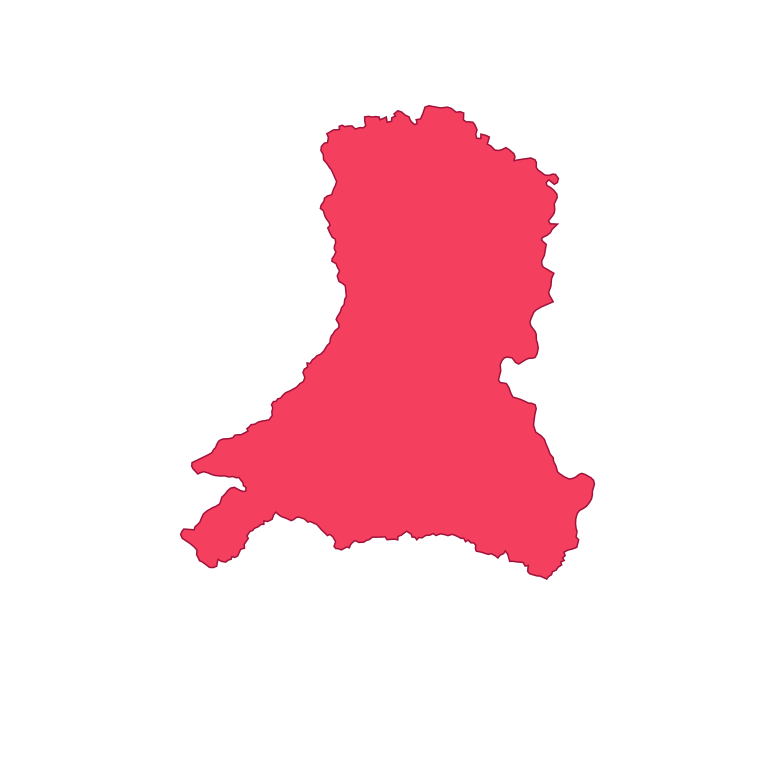 Iaciara, Goiás, Brazil, rotated 152°
{"feature_id": "56859067B33640833107150", "entity_name": "Iaciara", "entity_type": "district", "adm_level": 2, "iso_a3": "BRA", "parent_name": "Brazil", "parent_adm1": "Goiás", "projection": "orthographic", "projection_center": [-46.724, -14.085], "detail": "fine", "context": "isolated", "style": "filled", "palette": "rose", "viewbox_px": 768, "rotation_deg": 152, "n_neighbors": 0, "source": "geoboundaries", "source_scale": "gbopen_adm2", "svg_char_len": 5979}
<svg xmlns="http://www.w3.org/2000/svg" viewBox="0 0 768 768"><g transform="rotate(152 384 384)"><path d="M291.1,626.9L295.0,628.8L297.8,629.6L299.4,632.1L302.6,632.6L303.9,629.6L306.7,630.8L309.3,632.1L317.0,631.8L317.3,627.9L320.6,623.6L323.5,624.7L327.7,623.2L330.1,619.8L329.9,615.2L332.1,610.3L330.9,605.3L330.5,600.6L329.9,597.8L330.2,592.9L330.8,585.0L333.9,581.9L337.0,579.8L341.3,575.7L345.8,576.6L349.3,576.0L351.2,573.6L355.6,571.4L357.8,568.8L356.2,565.6L357.4,559.6L357.3,556.7L356.7,552.4L357.2,549.3L360.4,548.3L360.8,543.0L360.8,537.8L359.0,534.9L360.5,531.2L362.9,529.2L364.4,526.8L364.6,523.0L367.6,520.8L370.8,519.1L372.4,516.9L369.8,512.6L370.3,509.1L370.2,504.8L374.6,501.3L375.6,495.6L373.5,492.5L372.1,488.9L374.8,482.2L376.3,478.7L378.7,477.4L382.0,472.8L385.5,471.4L389.0,468.0L393.5,465.4L396.0,463.4L395.7,458.1L397.3,455.1L402.7,453.9L405.1,452.3L407.5,451.4L410.3,449.0L412.2,445.9L416.3,444.6L421.6,441.4L425.9,440.1L430.2,440.4L433.1,439.3L435.9,439.0L439.6,436.8L442.1,438.7L443.6,434.8L447.5,434.5L450.2,432.1L450.8,427.0L454.0,424.0L458.1,423.8L462.7,422.2L470.2,422.1L475.1,422.5L478.5,421.5L482.0,420.1L484.9,420.8L487.4,419.4L489.9,420.4L493.1,418.5L493.4,415.1L496.0,412.3L497.5,408.7L502.1,406.4L506.0,407.4L509.2,408.6L512.7,409.4L517.0,409.2L520.5,410.5L523.2,409.4L526.0,408.9L526.3,406.2L529.2,406.3L534.1,406.3L537.5,408.1L540.0,408.8L542.4,407.6L545.0,408.0L548.3,409.3L551.4,410.8L554.3,411.4L557.0,411.1L559.9,409.2L562.6,406.9L565.2,406.1L568.2,404.2L572.0,404.0L590.4,404.7L592.4,401.6L592.4,398.5L591.3,394.7L590.7,392.0L587.7,391.8L584.5,391.3L581.0,388.0L578.4,384.7L575.5,382.1L571.4,379.4L567.8,377.7L564.9,374.9L560.7,373.1L558.6,370.7L555.9,369.4L555.5,366.0L554.9,363.1L555.9,360.2L554.4,357.5L556.2,354.4L558.7,355.2L561.1,357.7L562.9,360.4L564.6,363.0L568.4,364.1L572.4,363.1L576.5,361.2L580.4,360.2L583.2,357.2L585.3,355.3L589.7,354.9L593.5,355.3L596.5,355.1L599.7,355.1L604.5,354.0L608.2,351.2L611.7,348.3L615.2,347.3L617.8,346.7L620.1,344.4L628.8,349.9L631.3,348.9L634.3,346.6L634.5,342.3L630.3,334.6L628.1,329.3L627.1,325.1L629.6,321.3L629.6,317.4L629.9,314.6L628.1,312.4L625.4,306.8L624.2,304.0L620.8,302.0L617.2,301.7L615.6,303.9L612.8,307.2L611.0,303.9L607.5,301.1L603.8,301.6L601.3,301.0L599.3,303.0L597.2,300.9L593.9,300.9L588.1,305.4L584.3,304.5L582.7,308.1L580.4,309.2L576.3,311.4L576.4,314.2L571.5,316.8L568.8,316.3L566.2,317.4L561.7,317.0L558.5,317.8L556.0,316.5L554.3,319.4L551.2,317.2L546.3,317.1L543.2,320.0L539.8,321.7L538.3,317.9L537.1,315.5L532.5,310.2L530.1,306.9L527.5,306.7L523.7,307.3L521.4,306.2L517.6,302.2L516.1,297.8L513.6,297.2L511.2,293.9L509.3,291.6L508.6,288.9L507.7,284.9L506.4,280.9L505.1,276.7L502.4,276.6L500.9,273.1L500.8,267.5L504.4,264.0L503.8,261.3L501.6,260.0L499.5,257.5L493.2,257.6L491.5,255.6L489.2,257.7L486.2,258.9L483.0,259.3L480.6,255.9L476.0,253.8L472.8,254.2L470.2,253.5L466.1,254.2L461.6,251.8L458.1,250.0L454.8,248.6L454.4,245.0L451.1,243.7L447.1,241.8L445.1,239.9L443.2,242.8L439.5,242.4L433.2,243.4L431.7,240.8L430.4,238.4L431.1,235.7L428.6,234.1L428.2,231.0L425.4,232.1L422.6,230.3L418.3,230.7L414.4,229.0L410.9,228.9L409.2,225.8L404.6,225.3L401.0,222.4L398.7,220.1L394.4,219.3L392.0,216.6L389.8,213.7L388.4,211.4L386.0,210.5L386.1,206.5L382.9,206.6L381.9,203.1L379.4,201.5L378.6,198.5L380.5,196.0L381.0,193.1L377.0,189.8L374.5,187.2L371.8,184.5L369.0,183.9L366.5,180.2L365.1,176.9L361.8,178.4L358.0,178.1L355.3,179.7L354.7,175.5L356.3,168.4L353.4,166.9L350.6,164.8L345.0,161.2L344.8,156.9L341.8,156.0L343.6,153.5L345.1,151.0L344.5,148.2L341.2,144.8L339.2,142.9L336.2,141.0L331.9,135.4L329.0,136.8L325.7,136.9L323.4,139.2L319.6,138.8L316.2,140.5L312.1,140.8L311.5,143.9L307.7,143.6L308.0,146.6L304.6,147.4L304.1,151.0L299.5,151.0L295.4,149.9L290.5,149.3L285.2,155.1L286.3,158.6L282.7,163.3L282.3,166.0L280.6,170.5L278.0,174.9L274.2,178.9L270.6,180.6L266.9,180.5L262.7,181.0L258.5,182.8L254.7,185.1L252.0,188.4L250.4,191.4L245.2,196.8L244.2,200.6L245.3,204.1L248.7,209.5L251.4,212.3L254.2,212.6L258.5,211.8L261.6,212.0L265.1,213.2L268.2,217.1L271.1,222.5L272.0,225.0L270.7,231.1L270.6,236.1L269.2,239.4L270.3,244.3L269.6,248.8L269.2,254.4L268.4,259.9L269.6,264.5L272.6,270.3L271.5,276.9L269.9,279.6L265.0,286.4L261.2,290.7L260.3,294.7L262.8,297.8L265.3,299.2L267.9,302.8L271.0,306.7L276.4,312.0L276.3,316.2L275.4,322.4L275.8,327.0L280.8,330.8L281.0,333.8L278.4,336.8L274.8,340.7L272.3,346.5L269.0,349.2L266.0,350.5L262.8,350.1L258.6,346.9L257.7,341.1L255.7,338.4L246.8,339.0L243.9,338.6L240.8,337.1L238.2,336.5L234.9,338.6L231.0,343.2L229.4,347.8L228.8,351.4L226.3,356.3L225.9,359.3L227.0,366.4L226.2,370.0L223.5,372.7L218.1,377.0L214.9,378.0L209.0,378.2L200.2,377.5L196.0,377.2L196.2,384.7L195.6,387.6L190.8,391.9L186.5,398.5L182.0,402.0L188.5,412.4L188.6,415.2L186.8,418.8L182.0,422.3L175.2,431.1L177.3,436.9L175.6,438.9L169.8,438.8L166.2,439.5L162.8,441.7L155.7,443.7L162.1,447.5L162.1,450.9L156.4,453.4L153.4,455.1L151.2,458.1L149.1,463.1L143.6,467.2L142.2,470.5L143.2,475.5L144.4,478.7L147.0,483.0L146.2,485.7L142.6,486.9L139.9,480.3L136.4,480.5L133.5,483.5L134.2,488.5L136.4,490.1L140.5,490.8L143.8,492.9L147.5,500.6L147.9,503.7L145.5,508.0L145.4,511.0L148.2,514.6L157.3,517.9L164.4,520.2L161.6,523.2L161.2,526.4L163.6,532.4L165.4,535.5L170.1,535.6L172.9,536.3L176.2,538.3L178.0,544.2L180.2,547.3L175.0,552.6L177.5,555.9L181.1,559.1L183.3,555.3L186.8,557.5L185.8,561.4L182.5,564.8L182.1,570.4L182.6,573.4L185.7,575.5L188.3,576.8L189.9,579.8L186.4,585.8L188.8,588.6L192.7,590.1L195.2,595.8L198.0,598.7L204.3,601.1L213.7,608.6L217.8,609.2L223.0,604.3L227.4,600.9L231.5,602.3L232.4,598.4L235.0,598.6L236.5,602.0L237.0,605.2L236.4,608.0L239.2,611.7L240.7,615.8L243.5,618.8L248.4,617.8L248.1,615.1L252.0,615.5L254.0,612.5L258.3,613.6L256.6,618.7L259.7,618.8L263.7,619.3L262.9,622.0L266.0,624.1L269.2,625.3L272.0,627.6L275.7,628.9L277.6,625.1L278.8,620.8L281.7,619.8L285.1,621.8L289.6,622.6L291.1,626.9Z" fill="#f43f5e" stroke="#9f1239" stroke-width="1.5"/></g></svg>